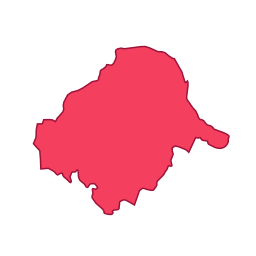 the border of Bratislavský, rotated 75°
{"feature_id": "SVK-1051", "entity_name": "Bratislavský", "entity_type": "Region", "adm_level": 1, "iso_a3": "SVK", "parent_name": "Slovakia", "parent_adm1": "", "projection": "natural_earth1", "projection_center": [17.27, 48.331], "detail": "fine", "context": "isolated", "style": "filled", "palette": "rose", "viewbox_px": 256, "rotation_deg": 75, "n_neighbors": 0, "source": "natural_earth", "source_scale": "10m", "svg_char_len": 3326}
<svg xmlns="http://www.w3.org/2000/svg" viewBox="0 0 256 256"><g transform="rotate(75 128 128)"><path d="M118.7,223.4L113.3,219.3L105.9,217.0L100.6,214.5L101.8,209.7L99.1,207.8L98.2,207.3L99.5,201.8L100.7,198.8L103.0,196.4L100.0,193.6L99.0,191.9L95.5,186.6L93.1,185.2L89.4,184.7L86.2,183.1L80.4,177.7L78.8,173.1L78.8,166.7L77.7,161.4L74.1,150.9L74.0,149.5L74.3,146.1L74.1,144.9L73.3,143.8L71.8,143.4L69.3,141.5L67.2,140.6L65.4,139.7L64.7,137.9L64.4,136.6L63.7,134.9L62.9,133.5L62.3,132.8L61.3,132.2L61.7,130.8L62.6,129.1L63.1,127.8L62.1,125.4L59.7,123.2L57.3,121.5L56.0,120.8L51.4,120.4L49.6,119.5L48.9,117.7L49.0,114.5L49.4,113.2L50.0,112.3L50.6,110.5L52.7,94.8L53.6,90.6L56.0,86.7L62.0,79.3L63.2,75.4L64.9,72.7L68.7,70.1L72.5,66.7L73.0,65.2L73.8,65.1L87.7,61.5L98.1,61.1L98.8,61.0L99.0,60.5L98.7,59.8L98.0,58.4L99.4,58.3L102.4,59.0L112.5,63.1L114.8,63.7L116.1,63.5L125.7,60.0L128.8,58.3L132.9,57.4L135.8,57.2L137.5,56.8L138.5,56.0L139.5,54.1L140.3,53.2L141.3,52.6L143.4,51.9L145.2,50.8L145.7,50.4L146.1,49.9L146.6,48.7L146.9,48.1L147.5,47.5L148.5,46.6L149.9,45.7L150.4,45.6L150.8,45.5L151.2,45.4L151.4,45.1L151.7,44.7L158.1,35.8L160.2,33.6L161.7,32.6L162.8,32.8L163.4,33.2L163.8,33.6L164.3,33.9L166.7,34.5L167.5,34.9L168.3,35.5L169.3,36.4L170.2,37.5L171.0,38.9L171.6,40.9L171.7,43.7L170.4,47.1L169.2,49.1L165.1,53.7L164.4,54.4L163.7,54.6L162.9,54.7L162.2,54.6L161.4,54.7L160.9,55.2L159.3,58.9L158.9,59.4L158.4,59.8L155.8,60.9L155.9,62.8L154.7,65.1L167.2,75.6L165.1,76.8L164.1,77.6L163.0,78.9L159.5,83.5L157.6,86.9L158.4,90.2L161.3,91.2L164.5,91.1L165.0,91.2L165.5,91.4L166.0,91.8L166.6,92.4L168.3,93.5L169.6,94.6L170.2,94.9L171.2,95.1L175.3,95.2L176.0,95.6L176.1,96.2L175.6,97.3L175.1,97.9L175.0,98.5L175.5,99.2L177.6,100.7L178.4,101.4L180.0,103.5L181.8,105.1L182.8,106.4L186.7,113.0L187.6,114.0L188.3,114.5L189.6,114.6L190.5,114.9L191.3,115.6L192.6,116.8L193.3,117.8L194.0,118.8L194.5,119.4L194.5,120.6L194.0,122.2L192.0,126.0L190.3,128.5L190.1,129.3L190.1,129.9L191.5,133.2L204.0,141.7L197.6,148.2L196.5,150.0L196.3,151.5L196.8,154.1L197.2,155.1L197.8,155.5L198.8,155.7L203.6,157.6L204.1,158.6L204.1,159.9L203.6,163.1L204.1,164.2L204.6,164.7L205.6,164.4L206.0,164.4L206.3,164.6L206.8,165.4L207.1,165.7L207.1,166.6L206.8,168.0L205.3,171.2L204.5,172.5L203.7,173.1L202.5,172.7L199.9,173.4L192.6,178.3L186.5,180.6L185.4,180.6L184.4,180.3L182.6,179.1L181.6,178.7L178.5,178.4L177.8,178.2L177.6,177.9L177.5,177.4L177.8,176.8L178.8,175.2L178.4,174.2L178.1,173.7L178.0,173.2L177.8,172.8L177.4,172.7L176.7,172.9L175.2,173.7L174.3,174.0L173.5,174.5L173.0,175.2L172.3,178.1L172.4,179.0L172.6,179.5L172.9,180.0L174.0,181.1L174.5,181.6L174.8,182.1L174.9,182.5L174.6,183.0L173.9,183.7L172.5,184.2L171.6,184.3L170.6,184.8L169.7,185.4L167.9,186.8L165.7,188.1L164.7,188.3L162.1,188.4L156.7,187.3L155.9,187.3L155.4,187.6L155.3,188.0L156.6,189.8L156.7,190.5L156.6,191.2L156.3,192.4L156.2,193.2L156.3,193.7L156.6,194.1L158.4,195.3L159.7,196.3L160.2,196.6L160.7,196.7L164.4,196.5L164.7,196.5L165.2,196.7L165.4,197.0L165.8,197.5L165.7,197.9L164.7,198.7L162.2,200.0L158.7,202.5L157.1,203.1L156.0,203.2L155.4,202.9L154.9,203.1L154.5,203.7L154.5,205.4L154.7,206.5L155.1,207.8L154.9,208.4L154.2,209.0L151.7,210.2L150.5,211.0L146.3,215.4L145.0,222.8L135.4,220.6L127.1,219.1L118.7,223.4Z" fill="#f43f5e" stroke="#9f1239" stroke-width="1.5"/></g></svg>